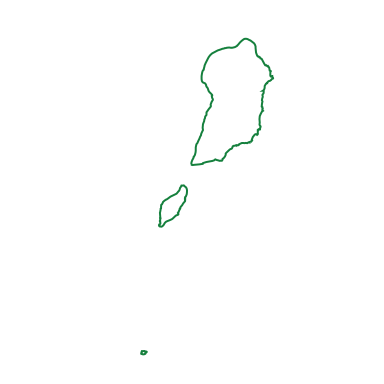 Sabu Raijua, Nusa Tenggara Timur, Indonesia, rotated 319°
{"feature_id": "22746128B67076907647447", "entity_name": "Sabu Raijua", "entity_type": "district", "adm_level": 2, "iso_a3": "IDN", "parent_name": "Indonesia", "parent_adm1": "Nusa Tenggara Timur", "projection": "robinson", "projection_center": [121.777, -10.624], "detail": "fine", "context": "isolated", "style": "outline", "palette": "green", "viewbox_px": 384, "rotation_deg": 319, "n_neighbors": 0, "source": "geoboundaries", "source_scale": "gbopen_adm2", "svg_char_len": 5952}
<svg xmlns="http://www.w3.org/2000/svg" viewBox="0 0 384 384"><g transform="rotate(319 192 192)"><path d="M314.8,107.3L313.4,106.3L312.6,105.8L312.0,105.6L310.9,104.8L310.3,104.7L308.8,103.8L307.3,103.3L304.5,102.1L303.0,101.7L301.6,101.4L298.2,100.6L296.9,100.6L295.2,100.7L293.0,101.2L291.4,101.8L287.0,103.6L284.5,104.8L283.8,105.4L281.7,106.8L281.3,107.1L281.1,107.4L280.4,107.4L279.8,107.5L278.5,108.2L277.3,109.1L275.3,110.8L273.3,113.1L272.3,114.7L272.1,115.6L272.1,116.4L273.1,118.5L273.1,119.4L272.8,120.6L272.5,120.9L272.1,121.9L272.0,122.6L272.1,123.2L271.9,124.0L271.6,124.9L271.0,126.2L270.8,126.9L270.7,128.3L270.9,130.3L270.9,131.9L270.5,132.5L270.2,132.5L270.0,132.4L269.9,132.5L269.4,133.4L269.0,134.1L268.7,135.4L268.5,135.8L268.2,136.1L267.9,136.3L266.8,136.6L266.1,136.9L265.5,137.0L264.7,137.6L263.8,138.0L263.2,138.5L262.7,139.5L262.0,139.9L259.1,140.4L256.0,141.2L255.7,141.2L255.1,141.5L253.5,143.3L253.2,143.4L251.9,143.6L251.5,143.7L249.9,145.0L249.6,145.1L249.2,145.2L248.8,145.4L247.8,146.4L245.7,147.5L244.7,148.1L242.1,150.6L241.3,151.9L240.7,152.6L239.8,152.9L237.8,153.8L236.7,154.4L236.3,154.9L235.9,155.1L234.2,155.7L232.8,156.5L230.0,157.7L228.2,158.6L226.9,158.8L226.6,158.9L224.2,160.7L221.8,163.4L220.7,164.4L218.6,165.9L217.4,166.3L216.8,166.6L216.4,166.5L216.2,166.6L215.9,166.9L214.9,167.5L213.6,167.9L211.5,169.0L210.3,169.9L210.0,170.5L209.9,171.2L209.7,171.4L210.1,171.8L210.2,172.1L211.3,172.8L215.6,175.9L218.4,177.7L218.6,177.8L219.0,177.4L219.3,177.4L222.5,178.8L227.9,182.0L229.7,182.7L230.6,182.6L231.0,182.7L231.6,184.0L232.6,185.4L232.7,185.6L233.1,186.3L233.5,186.8L233.9,186.9L234.4,187.4L235.1,188.0L235.5,187.9L235.7,187.7L236.2,187.7L236.8,187.3L236.9,187.1L238.3,187.2L240.2,186.8L241.7,186.1L242.0,185.9L242.5,185.2L243.5,184.9L248.1,184.7L249.1,184.8L250.2,185.3L250.7,185.3L251.7,184.9L252.6,184.3L253.0,184.3L253.8,184.5L254.3,184.9L255.1,185.4L255.8,185.5L256.2,185.7L256.2,186.2L256.5,186.1L257.0,186.5L257.4,187.0L257.9,187.1L258.3,186.9L258.6,187.1L259.0,186.9L261.4,187.6L261.9,187.8L262.9,188.7L263.7,189.6L264.9,190.3L265.5,191.1L265.6,191.3L265.8,191.4L266.3,191.4L267.0,191.6L267.2,191.8L267.2,191.7L267.5,191.7L268.8,192.3L269.6,192.4L269.7,192.5L269.8,192.8L270.5,192.7L271.3,192.5L271.4,192.0L271.6,191.6L271.9,191.5L272.2,191.4L272.6,191.1L272.9,191.0L273.2,190.8L274.0,190.4L276.7,189.9L277.4,189.9L278.1,190.2L278.6,191.1L278.6,191.6L278.9,191.6L278.9,191.4L279.2,191.5L279.3,191.4L279.4,191.2L279.7,191.4L279.9,191.3L280.7,190.2L281.2,189.6L281.9,189.2L282.0,189.0L282.1,188.5L282.3,188.3L283.4,188.3L283.9,188.5L283.9,189.1L284.1,189.4L284.4,189.4L284.8,188.9L285.0,188.8L285.5,188.3L286.0,188.1L286.3,187.7L286.6,187.7L286.9,187.2L286.9,186.1L287.2,185.4L288.8,183.9L289.8,182.5L290.3,181.9L290.4,181.7L290.7,181.3L292.9,179.2L295.2,178.1L297.8,177.1L298.0,177.2L298.3,177.3L298.6,177.0L298.9,177.1L298.9,176.7L299.0,176.4L299.0,176.1L299.2,175.9L300.0,175.6L300.1,174.9L300.7,174.4L300.6,174.2L300.8,173.9L300.8,173.7L300.6,173.6L300.6,173.3L301.2,172.9L301.4,172.5L303.7,170.5L304.4,170.1L304.7,169.6L304.9,168.7L305.1,168.5L306.5,167.4L307.7,166.7L308.3,166.0L308.7,165.1L308.9,164.9L309.4,164.7L310.6,164.5L311.6,163.7L312.6,162.5L312.1,162.1L312.8,162.2L313.8,161.9L315.1,161.1L316.4,159.7L318.6,158.9L319.0,159.0L319.3,158.9L319.5,159.0L319.9,158.8L320.1,159.0L320.2,158.8L322.5,158.6L323.7,159.2L324.0,159.3L324.7,159.3L325.1,159.4L325.9,159.2L326.7,159.2L327.2,159.3L327.6,159.5L327.8,159.4L327.9,159.0L328.1,158.7L327.9,158.4L327.9,158.1L328.2,157.8L328.3,157.4L328.6,157.1L328.3,156.9L327.7,156.9L327.3,156.6L327.3,156.3L327.4,155.7L328.0,154.9L330.3,152.4L330.7,152.5L330.8,152.3L330.6,152.0L330.6,151.8L330.4,151.6L330.3,151.3L331.0,150.2L331.2,149.8L331.7,149.0L331.9,148.0L332.0,147.1L332.0,146.8L331.9,146.8L331.6,146.3L331.4,146.4L331.3,145.7L331.1,145.5L331.1,145.0L330.9,145.0L330.8,144.8L330.5,144.6L330.4,144.4L330.7,142.5L331.9,137.4L331.8,136.8L331.3,136.2L331.6,135.1L331.4,134.8L331.5,134.4L331.4,134.1L331.1,134.1L331.1,133.5L331.0,133.1L330.7,133.0L330.6,132.1L331.0,130.8L331.8,128.8L334.4,125.1L335.5,123.8L336.1,122.3L336.3,121.3L336.4,120.5L336.2,119.4L335.5,115.9L335.1,115.3L334.4,113.4L333.9,112.5L333.2,111.7L332.4,111.1L331.9,110.8L330.7,110.6L328.5,110.5L326.3,110.6L324.0,111.0L322.5,111.2L322.1,111.1L321.6,111.3L321.3,111.2L319.4,110.8L317.1,109.6L316.7,109.2L316.3,109.0L316.1,108.8L314.8,107.3ZM190.2,183.0L190.2,181.8L190.0,181.5L189.3,181.2L188.6,180.4L188.2,180.2L187.4,180.7L185.7,181.1L184.3,182.0L183.6,182.4L182.9,182.6L182.3,182.6L179.5,183.1L178.7,183.0L172.8,181.4L168.8,181.1L167.8,180.9L167.5,180.7L166.9,180.7L166.0,180.5L163.7,180.5L162.5,181.1L161.2,181.6L160.7,181.5L160.2,181.6L157.8,184.1L157.3,184.1L157.2,184.3L155.0,186.1L154.2,186.6L151.6,190.1L151.0,191.2L150.8,191.2L150.6,191.0L149.8,192.2L149.4,192.3L148.8,192.7L148.8,193.0L148.7,193.0L148.3,193.4L148.0,194.4L147.7,194.8L147.2,195.2L146.9,195.2L145.9,195.0L145.5,195.3L145.4,195.5L145.0,195.8L145.0,196.0L145.2,195.9L145.4,196.2L145.5,197.0L145.8,197.8L146.2,198.1L147.1,198.4L148.8,198.3L151.2,197.5L152.8,197.4L154.0,197.7L156.8,198.7L158.9,199.3L159.8,199.4L164.3,199.2L166.6,200.0L166.9,199.9L166.8,199.4L168.0,198.9L168.1,198.7L168.0,198.4L169.4,198.0L170.0,197.6L171.6,197.0L171.9,196.9L171.8,196.6L172.7,196.3L173.2,196.0L173.7,195.8L175.9,195.5L177.9,194.8L180.6,194.4L180.7,194.2L181.0,194.1L181.1,193.9L181.4,193.7L181.5,193.3L182.1,193.0L182.0,192.8L182.2,192.4L182.7,192.1L182.8,191.9L183.3,191.7L183.4,191.4L184.5,191.3L186.6,190.2L188.1,188.8L189.3,187.5L189.8,186.7L190.2,185.9L190.4,185.2L190.5,184.2L190.2,183.0ZM50.8,280.1L49.8,279.2L49.3,279.4L48.6,280.4L47.9,280.3L47.7,280.6L47.8,280.7L47.6,281.0L48.5,282.4L49.1,282.9L50.2,283.4L50.5,283.4L50.5,283.1L50.7,282.9L52.3,283.1L52.6,283.1L52.7,282.9L52.9,282.9L53.0,282.8L52.9,282.5L52.6,282.3L52.4,282.0L51.7,280.7L50.8,280.1Z" fill="none" stroke="#15803d" stroke-width="2"/></g></svg>